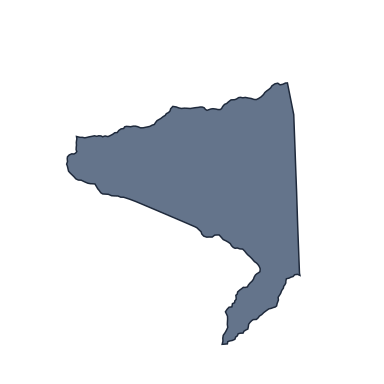 the district of Igaporã, Bahia, Brazil, rotated 289°
{"feature_id": "56859067B50358984616919", "entity_name": "Igaporã", "entity_type": "district", "adm_level": 2, "iso_a3": "BRA", "parent_name": "Brazil", "parent_adm1": "Bahia", "projection": "orthographic", "projection_center": [-42.745, -13.834], "detail": "fine", "context": "isolated", "style": "filled", "palette": "slate", "viewbox_px": 384, "rotation_deg": 289, "n_neighbors": 0, "source": "geoboundaries", "source_scale": "gbopen_adm2", "svg_char_len": 3286}
<svg xmlns="http://www.w3.org/2000/svg" viewBox="0 0 384 384"><g transform="rotate(289 192 192)"><path d="M206.9,64.7L204.8,65.8L203.0,66.1L201.1,66.5L198.7,67.5L196.5,68.0L194.2,68.7L192.7,69.9L190.9,69.3L189.5,68.0L188.9,65.8L187.0,63.8L184.7,62.8L182.8,63.2L180.2,64.4L177.5,64.4L176.1,65.6L174.2,66.8L171.5,68.5L170.3,70.6L169.4,72.5L168.1,75.3L166.6,77.9L166.3,80.6L167.1,83.4L166.8,85.8L166.6,87.7L166.4,90.7L166.8,93.3L167.4,95.3L168.0,97.6L166.3,99.6L164.3,101.9L163.2,103.8L161.6,106.0L161.1,108.2L162.6,113.7L162.3,117.1L163.0,119.7L164.1,123.3L163.9,126.3L164.8,129.1L164.9,135.4L164.7,141.9L162.0,180.7L160.1,206.2L159.8,208.2L158.6,210.8L157.4,213.5L155.5,214.9L154.1,217.4L154.1,220.6L155.0,222.8L156.0,225.8L158.6,227.5L159.6,229.8L160.2,231.7L159.0,233.9L157.2,237.0L156.9,239.9L156.4,242.5L155.7,245.0L154.1,246.8L153.0,249.1L152.8,251.1L153.8,253.0L153.8,255.8L154.5,258.5L153.3,261.0L151.6,263.6L150.7,265.3L149.7,267.9L148.5,270.3L147.5,272.0L146.5,273.7L145.9,276.0L145.0,277.8L143.6,279.7L141.6,281.5L138.8,282.2L137.3,281.2L135.9,280.0L134.2,279.0L131.8,278.5L129.6,278.5L127.2,277.8L124.8,276.5L122.4,275.6L120.3,275.3L119.2,273.6L118.5,271.5L117.0,270.6L114.9,269.1L112.4,267.7L110.2,268.0L108.6,267.1L106.8,268.0L104.9,268.7L102.9,267.9L101.2,268.3L99.6,266.6L96.4,267.1L95.1,264.5L92.6,263.4L89.6,262.6L87.6,264.6L86.1,266.0L83.5,267.0L80.7,267.8L78.3,268.5L75.6,269.9L72.7,269.6L69.8,269.1L66.7,268.2L63.8,268.7L61.1,269.8L57.8,270.1L58.7,272.2L59.9,274.9L62.1,274.5L63.4,276.1L64.8,278.5L66.7,280.5L69.1,280.5L70.7,281.7L73.0,281.8L74.3,283.8L75.2,286.2L77.2,286.4L79.0,287.8L80.6,289.4L83.1,289.1L85.4,288.6L87.6,289.3L89.9,290.4L91.3,291.5L92.5,294.4L94.7,295.6L96.6,296.1L98.7,297.8L101.5,299.2L103.7,300.7L106.5,302.7L107.8,304.8L109.3,306.6L110.3,308.1L111.8,309.1L114.3,308.8L118.0,308.9L120.5,307.7L122.4,308.2L124.9,308.8L128.1,308.9L130.8,309.7L132.7,309.4L134.4,310.0L136.5,310.3L138.5,309.7L140.7,309.5L142.1,311.7L143.7,313.3L145.0,315.1L147.2,316.0L148.5,318.6L148.3,321.2L150.1,320.1L194.8,302.8L226.6,290.7L246.7,282.9L267.5,274.9L298.3,263.0L326.2,246.7L325.4,244.8L323.5,242.9L322.0,240.4L322.8,237.7L321.3,235.2L318.4,233.0L316.1,232.5L314.1,231.3L312.0,229.8L309.8,228.5L307.5,227.9L304.5,226.4L302.0,224.4L300.3,222.7L299.7,220.5L299.7,217.5L299.2,214.7L298.8,211.6L297.6,209.4L297.3,207.0L296.4,205.3L294.4,203.8L293.2,202.3L291.8,198.9L288.9,197.0L287.0,196.0L285.4,194.2L282.9,193.2L280.5,192.8L279.1,191.8L278.4,189.7L278.2,187.6L277.6,184.7L276.7,182.9L275.4,181.2L274.1,179.6L274.5,177.8L275.6,176.1L275.7,174.2L275.1,172.2L274.0,170.3L273.1,168.3L271.8,165.8L270.4,163.2L269.6,160.2L268.8,157.5L267.5,154.7L267.2,152.0L267.3,149.5L266.7,146.0L263.7,144.7L261.7,144.9L259.6,144.0L257.7,142.2L255.6,141.7L254.1,140.3L251.4,138.6L249.6,137.0L248.1,135.7L245.8,134.9L243.6,134.4L242.2,132.5L240.4,130.9L239.1,128.8L238.0,126.9L236.8,124.9L235.9,122.5L236.1,119.5L235.9,117.3L235.2,115.1L233.7,112.7L233.3,110.9L232.7,108.6L231.7,107.1L229.8,106.7L228.6,104.4L226.3,102.7L223.9,102.0L222.9,99.7L220.7,98.2L218.7,96.3L217.0,94.5L216.7,91.6L215.1,89.5L215.4,87.7L214.8,85.5L213.6,83.8L213.4,81.5L211.9,79.0L210.5,76.5L209.5,75.0L208.3,73.0L208.0,70.5L207.2,68.2L206.9,64.7Z" fill="#64748b" stroke="#1e293b" stroke-width="1.5"/></g></svg>